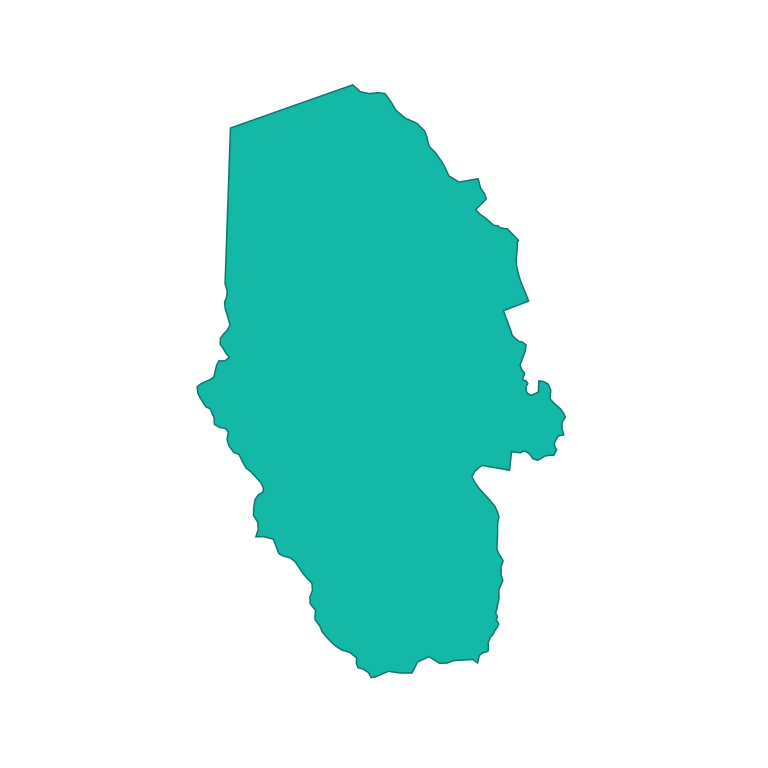 the district of Ulu Langat, Selangor, Malaysia, rotated 159°
{"feature_id": "92858781B61799260862057", "entity_name": "Ulu Langat", "entity_type": "district", "adm_level": 2, "iso_a3": "MYS", "parent_name": "Malaysia", "parent_adm1": "Selangor", "projection": "albers", "projection_center": [101.834, 3.073], "detail": "fine", "context": "isolated", "style": "filled", "palette": "teal", "viewbox_px": 768, "rotation_deg": 159, "n_neighbors": 0, "source": "geoboundaries", "source_scale": "gbopen_adm2", "svg_char_len": 3078}
<svg xmlns="http://www.w3.org/2000/svg" viewBox="0 0 768 768"><g transform="rotate(159 384 384)"><path d="M396.6,90.0L394.2,93.8L392.5,96.0L390.5,97.1L387.9,97.7L384.6,97.1L382.2,97.7L380.7,101.4L379.6,104.9L377.4,107.5L375.5,109.5L371.8,111.3L368.9,114.1L365.2,116.5L362.8,118.9L363.5,122.0L363.7,123.9L361.5,125.7L361.7,128.3L361.7,130.5L359.5,133.1L357.4,136.6L355.0,140.1L353.0,143.6L352.1,146.6L350.6,150.6L348.8,152.5L346.0,155.4L343.6,157.8L343.2,160.4L343.2,163.9L341.9,166.9L339.9,172.2L338.4,173.3L336.1,176.4L337.7,184.4L337.7,189.8L334.0,197.8L330.3,206.8L327.6,213.8L324.4,218.5L323.9,223.9L324.4,230.3L327.1,238.3L330.3,246.3L332.9,253.2L334.5,260.1L335.1,266.0L330.8,269.7L325.5,271.8L321.7,272.9L297.7,258.5L289.2,275.0L281.2,270.8L278.6,271.3L275.9,270.4L273.1,266.3L271.8,260.8L268.0,257.8L264.3,258.1L260.5,259.1L256.4,258.5L251.0,256.7L246.2,260.9L246.5,261.2L246.9,264.6L246.2,267.7L242.8,270.7L240.1,273.1L234.3,272.1L233.9,278.2L231.5,284.4L226.7,288.1L226.7,291.9L228.1,297.3L230.2,301.4L232.5,305.9L234.3,310.6L231.2,317.1L230.5,318.5L230.8,325.3L234.2,329.1L238.3,331.5L242.8,321.2L247.2,320.9L250.3,320.5L253.4,323.6L253.7,327.4L252.0,330.8L249.6,332.8L250.3,336.2L252.7,337.6L252.3,340.0L249.6,342.4L248.9,344.1L249.9,346.5L250.3,349.9L250.3,352.9L240.4,363.9L237.3,369.7L239.7,373.4L242.8,375.5L244.1,377.8L245.5,380.2L246.9,384.0L246.5,387.7L246.2,409.6L219.2,409.6L219.6,431.1L219.2,436.5L219.2,437.9L218.5,442.7L217.9,447.1L216.8,450.2L215.8,453.2L213.8,457.0L212.1,460.7L210.4,464.2L208.7,468.6L206.9,469.9L213.4,485.0L215.5,485.6L219.9,488.7L220.9,490.8L224.7,492.8L229.5,502.0L233.6,508.2L235.9,514.0L225.7,518.4L222.0,520.4L222.0,525.6L223.7,532.7L223.0,537.8L222.6,541.9L241.7,545.7L248.9,555.2L249.6,565.8L250.6,571.6L252.3,578.4L253.3,582.2L256.4,588.7L256.4,593.1L255.4,599.3L255.4,605.7L257.8,610.9L259.8,615.5L269.0,624.7L274.8,635.5L276.5,645.5L279.0,654.7L284.8,658.0L294.0,660.5L301.5,665.5L306.0,674.5L360.0,676.0L367.3,676.2L435.6,678.0L496.4,534.7L497.1,526.6L500.3,520.8L503.5,517.6L505.1,511.7L505.6,504.8L506.7,494.1L512.0,489.8L516.8,487.7L520.5,485.0L522.7,479.7L521.6,476.0L520.5,469.1L518.9,464.3L524.3,462.7L530.1,464.8L533.9,461.1L540.3,451.5L545.1,450.4L554.7,449.9L559.5,448.3L561.1,441.9L560.5,436.5L558.4,426.4L555.2,423.2L554.7,413.6L556.8,407.2L553.1,402.4L547.7,399.2L546.7,394.4L550.4,388.6L550.9,381.6L548.8,374.2L544.5,369.9L544.0,361.9L542.9,355.0L539.7,349.7L534.4,336.3L533.9,329.9L536.0,326.2L540.8,325.7L545.6,322.5L549.3,316.6L553.0,308.1L551.4,300.1L553.6,293.2L558.4,287.3L550.9,284.6L542.9,278.8L542.9,270.8L542.9,263.3L539.2,259.0L533.8,255.3L530.7,250.0L527.5,236.1L525.3,229.7L522.7,223.9L524.8,216.9L529.6,211.6L531.7,205.2L529.0,197.2L531.7,191.9L532.8,188.7L530.6,180.7L530.6,174.8L527.4,165.8L523.7,157.8L518.9,150.9L512.0,145.5L507.7,138.1L509.9,133.3L509.9,128.5L505.6,125.3L501.9,119.9L501.3,114.6L497.1,113.6L483.0,114.2L472.2,108.3L461.4,104.2L452.2,112.5L439.7,113.3L432.2,103.3L424.8,100.8L418.1,100.8L399.8,95.0L396.6,90.0Z" fill="#14b8a6" stroke="#0f766e" stroke-width="1.5"/></g></svg>